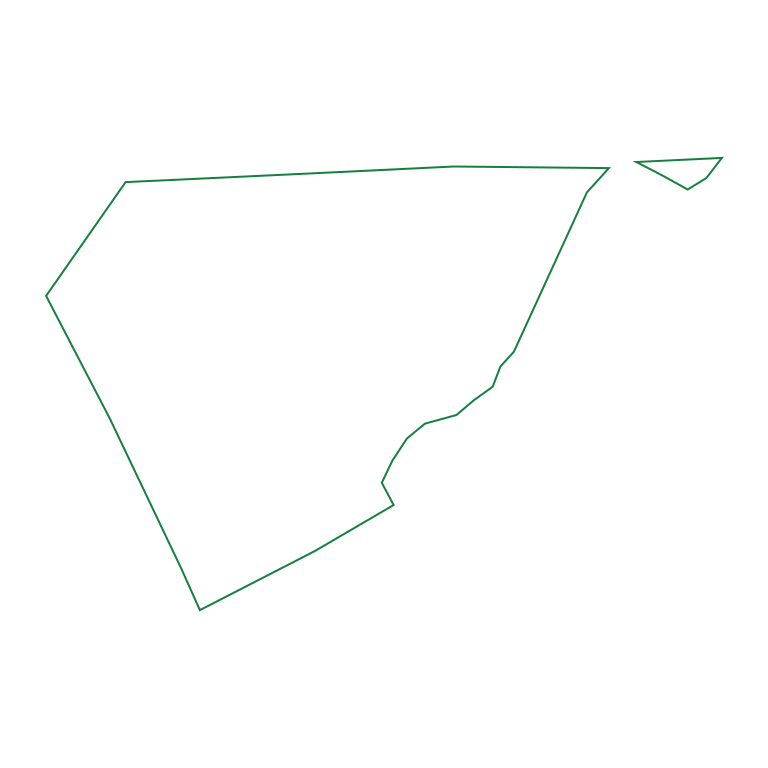 outline of Pilõezinhos, Paraíba, Brazil
{"feature_id": "56859067B31545744906067", "entity_name": "Pilõezinhos", "entity_type": "district", "adm_level": 2, "iso_a3": "BRA", "parent_name": "Brazil", "parent_adm1": "Paraíba", "projection": "orthographic", "projection_center": [-35.529, -6.853], "detail": "fine", "context": "isolated", "style": "outline", "palette": "green", "viewbox_px": 768, "rotation_deg": 0, "n_neighbors": 0, "source": "geoboundaries", "source_scale": "gbopen_adm2", "svg_char_len": 451}
<svg xmlns="http://www.w3.org/2000/svg" viewBox="0 0 768 768"><path d="M393.6,505.0L381.8,482.8L392.4,460.6L407.0,438.4L425.0,423.6L456.4,415.0L473.9,400.2L492.7,386.7L500.4,366.5L513.9,351.7L586.9,192.4L608.9,168.1L453.9,166.5L283.9,174.7L125.6,182.1L46.1,295.9L109.7,418.3L181.1,568.2L199.9,610.1L314.9,551.0L393.6,505.0ZM721.9,157.9L636.3,162.0L662.4,175.5L687.7,189.5L706.4,178.0L721.9,157.9Z" fill="none" stroke="#15803d" stroke-width="2"/></svg>